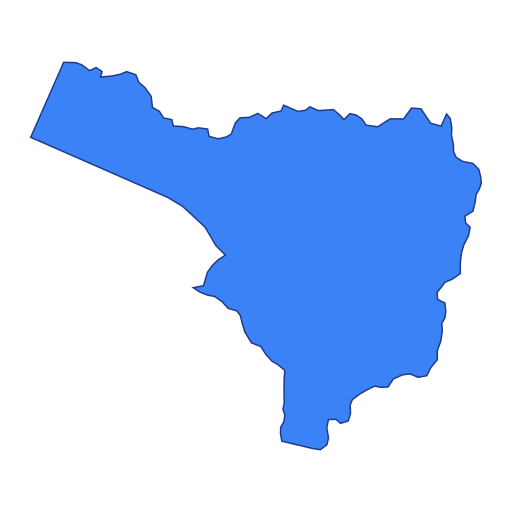 Tacima, Paraíba, Brazil
{"feature_id": "56859067B48100654649443", "entity_name": "Tacima", "entity_type": "district", "adm_level": 2, "iso_a3": "BRA", "parent_name": "Brazil", "parent_adm1": "Paraíba", "projection": "orthographic", "projection_center": [-35.512, -6.551], "detail": "fine", "context": "isolated", "style": "filled", "palette": "blue", "viewbox_px": 512, "rotation_deg": 0, "n_neighbors": 0, "source": "geoboundaries", "source_scale": "gbopen_adm2", "svg_char_len": 1948}
<svg xmlns="http://www.w3.org/2000/svg" viewBox="0 0 512 512"><path d="M171.8,119.6L163.6,118.0L159.3,111.2L152.4,107.4L151.2,96.4L144.9,87.6L138.7,82.1L135.9,74.8L126.6,71.6L120.6,74.2L111.9,76.0L100.4,77.0L102.1,71.6L96.1,67.6L89.6,70.6L81.7,64.8L75.6,62.6L63.7,62.3L30.7,137.3L157.2,192.8L167.7,197.4L182.3,206.1L191.4,214.4L205.1,227.2L216.0,245.7L225.4,255.1L218.2,259.8L212.9,264.8L207.5,272.1L203.5,285.7L193.2,287.7L199.9,292.1L207.5,295.1L214.7,296.5L221.9,301.5L228.2,308.4L236.9,310.9L240.3,315.5L242.1,322.7L244.9,332.1L251.5,342.9L260.8,346.5L265.9,354.4L272.1,361.3L278.0,364.7L284.8,370.4L284.2,378.5L284.0,390.5L284.2,403.0L283.0,409.2L284.8,415.2L284.0,421.5L280.7,427.2L280.5,433.5L281.8,441.2L312.6,448.5L320.3,449.7L326.9,444.7L328.5,438.1L326.8,427.8L328.4,419.6L335.9,419.3L340.5,423.4L348.3,420.9L350.5,413.4L350.2,404.9L352.4,399.6L359.0,394.5L366.4,390.1L374.7,386.1L380.8,387.3L388.0,387.0L393.4,378.9L402.5,374.8L410.0,373.9L418.2,377.3L426.8,375.7L430.8,367.6L437.3,359.7L437.3,350.7L440.9,340.7L442.3,330.7L441.8,323.3L444.9,317.9L445.8,311.5L444.9,303.0L437.5,299.3L437.1,292.4L441.2,287.3L444.9,282.3L452.4,279.1L460.4,273.5L460.2,265.1L460.8,258.1L461.7,252.0L463.9,244.7L468.5,235.7L470.1,227.2L465.7,223.1L464.8,216.2L472.9,211.2L475.1,202.4L476.1,194.5L479.5,188.6L481.3,183.0L480.7,177.0L478.9,169.5L472.9,163.5L462.6,161.4L456.2,157.4L453.6,151.9L453.4,144.8L451.4,135.0L451.8,127.6L450.2,118.4L446.5,114.0L441.2,126.2L430.6,123.2L421.0,108.8L411.5,108.1L403.5,119.0L390.2,118.8L377.7,126.8L366.1,125.2L362.0,119.0L356.1,115.0L349.9,113.6L344.0,119.6L339.9,115.2L333.4,109.6L325.0,110.2L318.4,110.6L309.8,106.8L305.5,110.3L297.9,111.4L283.6,105.2L281.1,111.0L272.1,113.0L266.1,118.6L257.8,113.4L249.4,117.4L240.0,117.8L235.3,123.0L231.3,134.0L226.3,137.0L218.2,138.8L209.1,136.4L207.6,129.0L198.3,127.8L192.6,129.2L183.3,126.6L173.3,126.0L171.8,119.6Z" fill="#3b82f6" stroke="#1e3a8a" stroke-width="1.5"/></svg>